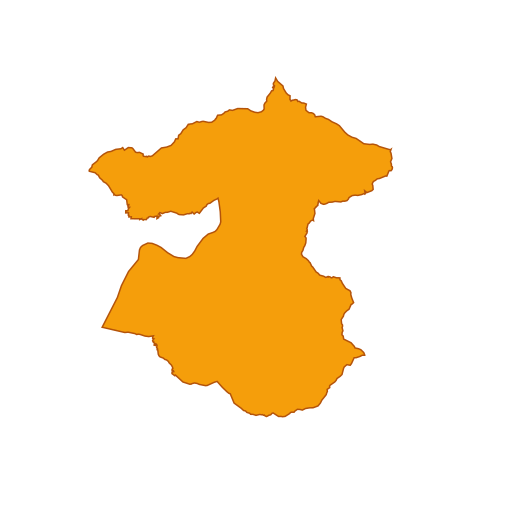 the district of Bicaz, Neamt, Romania, rotated 242°
{"feature_id": "2599482B9857153102681", "entity_name": "Bicaz", "entity_type": "district", "adm_level": 2, "iso_a3": "ROU", "parent_name": "Romania", "parent_adm1": "Neamt", "projection": "orthographic", "projection_center": [26.06, 46.951], "detail": "fine", "context": "isolated", "style": "filled", "palette": "amber", "viewbox_px": 512, "rotation_deg": 242, "n_neighbors": 0, "source": "geoboundaries", "source_scale": "gbopen_adm2", "svg_char_len": 6162}
<svg xmlns="http://www.w3.org/2000/svg" viewBox="0 0 512 512"><g transform="rotate(242 256 256)"><path d="M404.0,356.9L401.6,354.9L400.3,352.4L398.8,351.7L397.8,352.3L397.4,352.1L396.6,351.3L397.4,350.7L397.0,349.8L395.5,350.1L394.1,348.7L394.5,347.3L393.1,345.1L391.1,340.4L389.2,338.8L387.7,338.2L386.8,335.6L385.6,334.0L382.0,332.2L381.3,331.1L380.8,328.5L381.6,325.0L383.5,322.4L386.7,319.5L389.9,317.8L394.8,309.1L395.6,303.6L397.5,301.1L397.1,299.0L397.7,296.3L397.1,294.7L396.8,291.8L398.3,288.2L396.0,285.2L396.1,284.7L395.3,283.4L394.9,279.6L396.2,276.8L399.5,272.9L400.1,271.7L400.7,268.7L402.5,266.9L402.6,261.9L403.6,259.5L403.6,258.7L404.1,258.1L402.1,254.5L401.6,251.0L399.3,247.0L398.9,244.4L396.1,242.2L397.1,240.1L395.1,237.6L393.5,233.0L394.1,228.3L395.8,223.2L393.1,211.5L393.4,209.6L394.6,208.2L394.5,206.6L395.3,206.3L395.2,205.8L396.8,203.6L397.5,203.4L399.0,204.2L402.2,201.8L403.1,199.6L404.2,198.4L408.7,197.7L409.8,197.2L411.7,194.2L411.2,189.5L414.3,189.2L414.1,187.1L416.0,182.2L416.4,177.1L417.5,173.7L417.4,169.2L416.3,163.6L414.6,160.8L414.1,158.9L413.3,154.3L411.4,152.6L410.9,150.6L410.1,149.0L409.1,148.6L405.0,153.1L402.3,154.0L401.5,154.7L398.4,154.7L394.9,156.0L393.3,156.1L390.7,157.8L387.3,158.8L379.7,159.2L377.9,159.8L376.9,159.3L377.0,159.8L375.8,160.1L374.7,161.6L373.2,165.8L372.3,166.2L370.8,165.9L366.4,168.2L361.9,166.5L361.1,167.9L360.0,166.9L360.3,166.4L358.9,165.9L358.3,167.1L357.6,165.5L356.1,164.0L357.1,162.3L355.2,161.2L354.0,163.7L352.2,162.5L351.8,162.4L351.5,162.9L350.2,162.1L349.1,164.3L347.6,163.1L343.4,170.9L342.8,170.5L342.7,172.7L342.1,172.4L340.6,173.3L340.9,173.9L339.6,176.3L340.5,177.6L340.3,178.8L340.8,179.3L340.6,181.1L338.0,184.2L338.6,184.7L337.7,187.4L335.5,186.1L335.6,188.1L336.7,188.5L336.3,190.8L338.1,190.5L338.8,189.7L339.5,191.5L337.4,193.2L337.1,196.5L336.2,198.2L335.5,201.8L331.0,206.2L329.2,207.1L328.4,208.0L326.3,211.4L325.6,215.2L324.6,216.9L324.7,217.8L324.0,218.5L324.8,220.2L322.1,221.1L322.6,223.4L322.4,224.8L320.3,226.0L323.1,232.1L323.4,235.5L324.5,236.9L324.7,238.7L324.2,240.0L324.9,245.0L324.7,248.6L324.9,249.6L321.3,248.7L311.8,245.2L302.7,240.9L300.9,239.2L297.7,234.0L296.9,231.6L297.0,229.1L297.8,224.1L296.4,217.6L292.1,208.5L289.2,204.3L287.3,200.4L286.6,197.4L286.8,193.0L291.2,186.3L294.0,183.3L300.4,179.5L308.1,176.2L312.1,173.5L315.9,170.2L318.2,166.6L318.5,161.1L318.2,159.4L317.7,158.0L316.1,156.0L308.1,150.5L302.2,136.3L293.0,123.3L284.4,114.1L265.3,86.7L250.0,104.3L248.8,107.3L244.2,112.8L242.7,113.8L242.3,115.3L241.3,116.7L237.4,120.4L235.2,123.5L233.7,127.8L233.2,126.9L231.9,126.1L230.8,127.0L230.6,126.0L229.7,124.9L228.8,124.9L228.5,125.4L228.0,124.9L226.5,125.5L225.2,124.2L224.2,125.2L224.5,125.5L225.1,125.3L225.5,126.2L224.9,126.7L223.6,126.7L221.7,125.2L220.6,125.6L219.7,124.7L219.2,125.2L215.2,123.6L213.4,123.5L212.0,123.9L209.4,126.2L207.4,127.0L206.3,128.2L203.9,129.2L202.6,129.1L199.4,130.1L197.0,130.1L195.6,129.7L195.5,128.8L194.6,128.2L193.5,129.2L192.5,129.1L193.0,127.4L191.6,126.6L188.4,128.1L188.6,129.0L179.1,132.3L173.9,137.3L173.3,138.7L173.4,139.3L172.8,142.0L171.1,144.2L169.2,145.7L165.2,150.6L164.6,152.1L164.1,159.9L163.5,162.8L155.6,164.7L149.8,166.6L147.5,167.6L146.4,168.6L136.4,167.6L128.6,171.4L125.4,172.5L124.1,174.0L122.2,174.5L120.0,176.7L118.8,176.9L117.6,179.0L115.3,181.2L114.4,184.8L113.0,186.7L112.9,187.3L111.9,187.8L111.6,188.7L111.0,188.7L109.4,189.8L109.2,191.3L109.4,192.3L108.9,194.4L109.6,196.3L109.3,197.5L103.7,200.6L102.6,202.8L101.6,204.0L100.7,206.4L101.1,211.7L101.6,213.0L101.4,214.1L100.2,216.3L100.8,217.5L101.2,220.6L99.9,222.7L98.2,224.6L98.1,228.1L96.8,232.0L95.2,235.2L94.5,240.4L96.0,243.9L97.8,246.4L100.6,252.9L102.3,254.5L102.7,255.3L104.8,256.2L105.2,259.3L106.8,260.0L107.1,260.6L107.8,266.4L108.5,268.2L109.8,270.0L110.3,273.9L111.0,276.3L115.7,280.6L116.6,281.8L117.4,285.2L115.3,287.9L116.2,289.8L120.1,294.9L119.2,296.6L118.5,300.7L118.5,303.2L117.3,305.4L117.5,305.5L120.1,305.8L124.0,304.6L126.0,303.0L128.4,300.2L129.9,300.4L134.8,299.2L141.5,294.4L144.3,295.4L146.1,294.9L148.1,296.2L149.1,297.6L152.6,298.5L153.0,299.2L154.4,300.0L156.0,299.8L159.9,301.4L161.8,304.9L163.2,306.1L164.1,307.6L165.0,310.5L165.3,313.1L168.6,317.3L168.4,317.9L169.0,320.3L173.7,320.8L177.5,321.6L179.1,322.6L181.1,322.7L185.3,320.0L191.4,319.4L194.1,319.6L195.6,319.0L197.3,319.8L199.0,316.8L201.4,314.5L201.1,313.3L201.4,312.2L202.7,311.6L203.6,310.6L203.5,309.9L204.1,309.9L204.3,307.6L206.3,306.3L209.3,303.2L211.5,302.8L213.7,301.6L219.7,300.9L220.8,300.4L224.8,300.6L225.4,300.2L227.1,300.1L230.1,299.1L233.3,297.1L236.3,297.0L237.9,298.2L238.8,299.9L241.2,302.2L242.1,303.8L244.2,306.1L247.8,308.4L248.9,308.7L250.3,308.3L252.5,312.0L253.6,312.5L253.8,313.0L254.4,313.1L254.5,312.7L255.0,313.5L256.7,313.8L256.8,314.3L259.8,316.9L260.1,318.4L261.3,320.8L261.1,323.0L260.3,323.4L262.1,324.1L265.9,328.0L270.5,329.8L270.6,330.9L271.2,331.8L271.0,332.1L271.4,332.8L271.6,334.3L272.3,334.5L272.9,335.4L273.6,335.6L275.5,337.4L272.1,338.0L270.0,339.8L269.5,341.1L269.2,343.2L269.3,345.4L267.8,348.6L267.1,351.4L263.9,356.3L263.7,358.3L262.7,360.2L262.2,362.3L263.0,364.5L263.9,365.5L264.2,369.2L263.2,372.1L261.7,374.3L260.6,378.2L260.4,380.6L259.5,381.1L260.0,382.2L261.2,382.1L262.6,382.6L259.9,383.7L259.3,388.9L259.8,390.7L263.4,392.2L265.0,392.4L266.3,393.9L266.8,395.7L266.7,396.7L267.2,399.4L266.5,401.2L265.8,408.0L265.1,409.0L268.5,413.1L268.8,413.8L267.9,415.2L268.5,416.7L269.8,417.9L270.8,418.2L271.8,417.8L273.6,418.7L276.0,419.0L278.3,421.8L283.5,423.5L285.1,423.5L286.8,425.3L286.7,424.6L287.8,423.3L294.9,416.1L297.3,414.7L299.9,411.7L301.1,408.8L304.5,403.9L312.8,399.6L315.8,396.5L319.8,393.9L323.7,392.5L331.9,390.8L334.8,389.2L338.8,386.1L342.6,384.1L344.9,382.0L347.6,380.4L348.9,379.0L351.1,373.7L353.0,374.1L354.8,373.6L356.3,372.4L357.7,370.0L361.2,368.5L364.1,369.6L366.5,371.8L368.6,370.0L369.7,368.2L372.5,366.6L372.8,365.5L374.7,365.5L375.7,364.1L376.0,362.4L376.4,361.6L376.4,359.7L377.0,359.9L378.1,359.4L381.5,361.3L383.2,360.0L385.7,359.2L390.8,358.9L393.5,359.6L400.0,357.1L404.0,356.9Z" fill="#f59e0b" stroke="#b45309" stroke-width="1.5"/></g></svg>